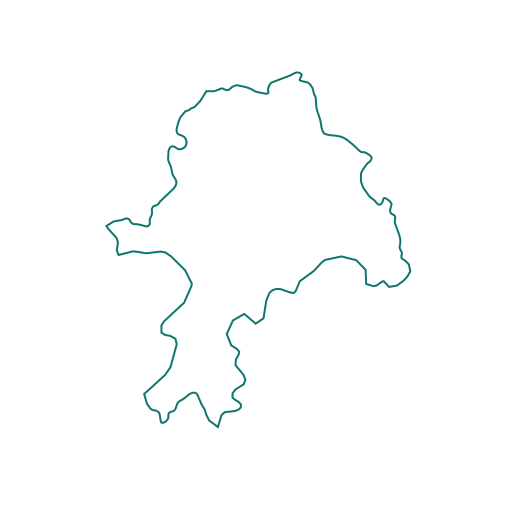 Gard, Natural Earth projection, rotated 288°
{"feature_id": "FRA-5293", "entity_name": "Gard", "entity_type": "Metropolitan department", "adm_level": 1, "iso_a3": "FRA", "parent_name": "France", "parent_adm1": "", "projection": "natural_earth1", "projection_center": [4.221, 43.959], "detail": "fine", "context": "isolated", "style": "outline", "palette": "teal", "viewbox_px": 512, "rotation_deg": 288, "n_neighbors": 0, "source": "natural_earth", "source_scale": "10m", "svg_char_len": 3961}
<svg xmlns="http://www.w3.org/2000/svg" viewBox="0 0 512 512"><g transform="rotate(288 256 256)"><path d="M289.1,407.5L283.2,406.3L278.1,404.0L271.5,399.2L267.7,392.1L271.5,385.3L271.1,384.3L264.9,379.5L263.6,377.2L263.5,369.4L276.8,364.5L283.0,352.5L282.0,337.4L273.6,322.9L270.4,320.6L259.6,315.6L245.6,305.5L234.9,304.6L232.6,303.5L231.9,300.3L232.1,289.4L230.9,285.4L228.6,282.3L225.2,280.2L216.6,279.6L199.1,282.4L191.5,276.6L197.3,262.8L187.6,254.0L172.8,252.3L163.4,260.0L161.6,266.7L159.8,269.6L156.7,269.9L151.0,268.9L145.8,270.3L139.3,280.6L135.2,284.1L130.3,284.0L122.8,277.8L118.2,276.1L114.1,277.4L112.7,280.7L111.9,284.5L110.0,287.7L107.2,288.3L104.3,286.7L102.0,283.8L97.8,274.5L93.9,272.4L81.6,272.6L85.2,262.0L87.1,260.4L89.5,257.9L93.8,254.9L95.4,253.2L98.2,249.9L105.8,243.3L106.0,243.1L106.4,242.6L107.0,241.0L106.9,239.0L105.3,236.6L103.5,235.0L97.7,231.2L94.3,228.1L92.4,227.0L90.3,226.7L85.9,226.7L84.0,226.1L82.4,224.7L81.1,222.6L79.4,221.6L77.4,221.9L75.3,222.6L73.2,222.4L71.2,221.5L69.4,220.2L68.4,218.8L68.5,217.2L70.9,215.7L75.5,213.4L77.4,211.7L78.0,209.2L77.6,205.0L78.1,203.0L81.8,197.9L90.2,192.3L115.0,206.4L124.0,209.0L147.6,207.9L152.5,204.8L153.5,198.8L152.8,193.7L154.0,189.7L160.8,187.5L165.4,188.7L189.5,202.1L207.6,203.9L209.9,203.5L220.6,192.9L229.5,175.2L231.4,168.4L230.7,163.9L224.5,150.3L223.1,140.3L222.1,137.0L214.5,125.0L218.4,121.8L226.1,120.6L230.0,117.9L236.2,107.1L238.3,104.5L245.0,110.1L248.5,116.8L251.7,121.0L251.9,123.5L250.9,125.1L249.4,126.7L248.4,129.5L249.6,133.3L250.3,142.9L251.7,144.7L253.6,145.1L257.9,143.7L260.0,143.7L262.2,144.1L264.3,144.0L268.5,142.4L271.0,142.8L272.2,143.7L273.5,145.8L275.4,147.1L278.2,147.9L294.6,156.8L297.3,157.7L299.9,157.9L302.0,157.3L303.8,156.0L306.6,152.7L308.2,151.2L314.4,147.6L319.7,143.1L321.8,142.2L329.1,140.3L332.3,140.6L334.2,141.9L334.8,143.8L334.4,145.8L333.8,147.7L333.7,149.9L334.6,152.0L337.4,154.6L339.9,155.3L342.7,154.9L344.9,153.6L346.4,152.0L347.2,150.3L347.6,148.4L347.8,144.5L348.9,142.7L351.3,141.4L358.6,140.8L364.6,141.2L371.7,144.1L372.8,145.4L373.3,146.3L373.9,147.1L375.8,148.3L376.6,149.0L377.8,150.6L378.6,151.3L380.0,152.2L386.5,155.2L397.4,157.9L399.7,165.1L402.1,168.4L404.1,170.5L404.8,171.8L405.0,173.0L404.7,174.4L404.7,176.8L405.2,178.2L406.1,179.1L409.1,180.9L411.2,182.9L412.1,184.4L412.7,185.7L413.5,194.8L413.5,197.2L413.1,200.9L412.9,202.1L412.5,203.1L412.3,204.1L412.2,205.6L413.3,214.9L413.9,216.4L414.7,217.3L415.6,217.2L417.4,216.3L418.4,215.9L419.6,215.7L422.3,215.9L423.5,216.2L425.2,216.8L426.3,217.8L437.7,232.1L442.3,236.7L443.2,238.2L443.6,239.6L443.6,240.8L443.4,241.9L443.1,242.7L442.8,243.1L442.7,243.3L442.4,243.4L442.0,243.5L441.3,243.5L440.0,243.4L439.7,243.3L438.5,243.1L437.7,243.1L436.7,243.3L436.6,243.6L436.5,244.3L436.5,246.2L437.0,250.7L436.9,251.9L436.5,253.1L436.0,254.2L434.8,255.9L433.3,257.7L431.8,258.9L428.9,260.5L427.3,261.8L426.7,262.5L425.2,263.8L417.1,267.0L414.2,268.5L405.0,275.2L398.0,278.9L395.1,281.1L393.6,282.7L393.4,285.2L393.7,288.6L394.2,290.7L394.5,291.7L395.6,298.3L395.7,300.4L395.5,302.4L394.9,305.7L391.9,313.7L387.9,322.1L387.5,323.3L387.5,324.4L387.7,325.4L388.0,326.3L388.2,327.8L387.9,329.7L386.9,333.3L385.9,334.9L385.0,335.7L384.3,335.8L383.3,335.8L382.1,335.5L381.1,335.1L379.2,333.8L377.2,332.8L369.7,330.6L368.4,330.4L367.2,330.4L366.1,330.6L359.7,332.6L354.3,336.6L348.2,344.7L347.1,346.8L346.2,349.7L345.5,351.3L343.3,355.2L342.8,356.4L342.9,357.4L343.4,358.2L344.1,358.9L345.2,359.3L346.5,359.6L347.7,359.7L350.1,359.5L350.9,360.3L350.9,362.1L349.6,365.9L348.5,367.7L347.4,368.8L346.2,369.0L342.1,369.2L340.7,369.5L338.9,370.4L338.1,371.5L337.8,372.9L337.5,374.8L336.9,375.8L335.9,376.4L331.4,377.4L330.4,377.8L320.6,385.5L316.9,387.8L314.0,389.0L308.5,389.9L306.6,391.3L304.9,393.2L303.0,394.2L301.0,394.2L299.6,394.8L299.1,395.0L298.9,395.2L298.8,395.3L298.3,396.7L297.6,399.6L295.2,404.0L289.1,407.5Z" fill="none" stroke="#0f766e" stroke-width="2"/></g></svg>